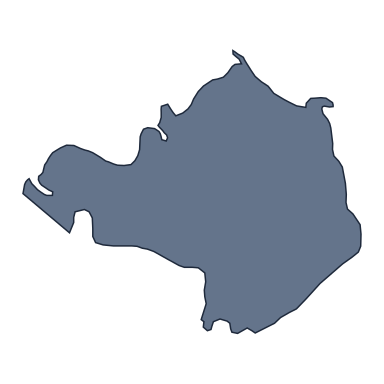 Sarikei, Sarawak, Malaysia
{"feature_id": "92858781B34394756888936", "entity_name": "Sarikei", "entity_type": "district", "adm_level": 2, "iso_a3": "MYS", "parent_name": "Malaysia", "parent_adm1": "Sarawak", "projection": "mercator", "projection_center": [111.411, 2.079], "detail": "fine", "context": "isolated", "style": "filled", "palette": "slate", "viewbox_px": 384, "rotation_deg": 0, "n_neighbors": 0, "source": "geoboundaries", "source_scale": "gbopen_adm2", "svg_char_len": 2313}
<svg xmlns="http://www.w3.org/2000/svg" viewBox="0 0 384 384"><path d="M255.2,333.0L274.6,323.2L280.6,317.5L289.3,312.5L296.4,308.9L305.4,299.6L313.5,290.7L320.0,283.5L342.7,263.8L352.0,257.2L358.3,252.1L359.1,250.2L360.7,246.2L361.0,234.2L360.1,224.7L352.9,213.9L347.5,209.1L346.0,202.5L346.3,194.5L345.4,183.4L342.3,167.0L338.8,161.3L333.9,156.0L332.5,149.5L332.7,143.5L330.8,128.0L329.7,123.6L327.6,119.4L323.0,113.7L321.8,108.9L322.4,106.8L324.3,106.1L329.5,107.0L333.1,106.6L333.1,104.9L332.5,102.6L326.0,98.2L320.9,97.7L314.6,98.2L310.7,98.4L306.3,103.2L305.8,107.4L296.6,105.9L289.1,102.2L284.2,99.6L273.8,93.4L268.1,86.2L261.4,81.8L255.1,76.4L251.1,70.5L249.8,68.4L246.5,63.2L244.6,60.0L243.3,57.3L237.9,54.1L234.8,51.8L232.9,50.6L233.1,54.1L236.0,56.6L239.2,59.2L241.5,63.8L235.0,64.4L232.2,66.5L227.8,72.8L223.4,77.2L217.3,79.1L212.7,79.9L203.5,86.0L198.3,91.5L193.6,99.0L191.3,104.5L188.0,108.9L182.7,113.1L175.8,115.8L173.1,112.6L171.0,109.5L167.7,104.2L161.4,106.3L161.1,109.3L161.2,112.2L161.2,114.7L161.2,117.5L159.7,122.7L158.0,125.4L159.5,127.3L162.6,130.5L164.3,132.8L166.6,134.9L167.6,137.8L166.2,141.0L161.8,139.7L161.1,136.6L160.3,133.8L159.0,131.5L154.6,128.6L147.7,127.7L143.5,129.2L141.1,133.9L140.2,136.8L139.6,149.7L137.8,155.7L134.9,160.7L131.0,164.6L124.1,165.5L117.5,165.2L113.6,164.0L108.6,161.9L105.6,161.0L100.5,157.4L92.7,152.7L88.3,150.9L84.7,150.0L80.5,148.5L73.9,145.5L66.5,145.2L60.5,147.9L57.5,149.7L52.7,152.7L50.6,155.4L48.5,158.6L47.0,161.6L44.7,164.9L43.8,168.5L42.9,172.4L41.1,174.5L38.7,176.3L38.4,179.8L39.9,183.1L41.7,185.2L45.3,187.6L48.8,190.0L52.7,191.8L52.4,195.4L46.7,195.4L44.4,194.5L40.8,192.1L37.5,189.7L34.5,186.4L31.8,183.7L29.1,178.7L27.6,179.8L25.8,181.9L24.6,184.6L23.0,193.6L69.5,232.8L73.7,222.5L73.7,217.4L75.1,211.8L84.4,209.5L89.1,211.8L92.3,217.9L92.8,228.6L92.8,236.5L95.6,242.6L103.1,244.9L113.3,245.9L119.9,245.9L131.5,245.9L137.1,246.3L142.3,248.2L147.4,249.1L153.9,251.5L168.9,259.9L179.1,265.5L184.3,267.3L192.2,267.3L198.3,267.8L204.8,272.9L205.7,281.8L204.3,290.2L204.8,296.7L206.2,303.7L201.2,319.6L203.9,321.7L203.3,327.1L207.4,330.7L211.0,329.5L211.9,326.2L213.4,321.7L220.0,319.0L227.1,321.1L229.8,323.2L230.7,328.9L231.9,332.2L237.6,333.4L247.2,328.0L251.9,330.7L255.2,333.0Z" fill="#64748b" stroke="#1e293b" stroke-width="1.5"/></svg>